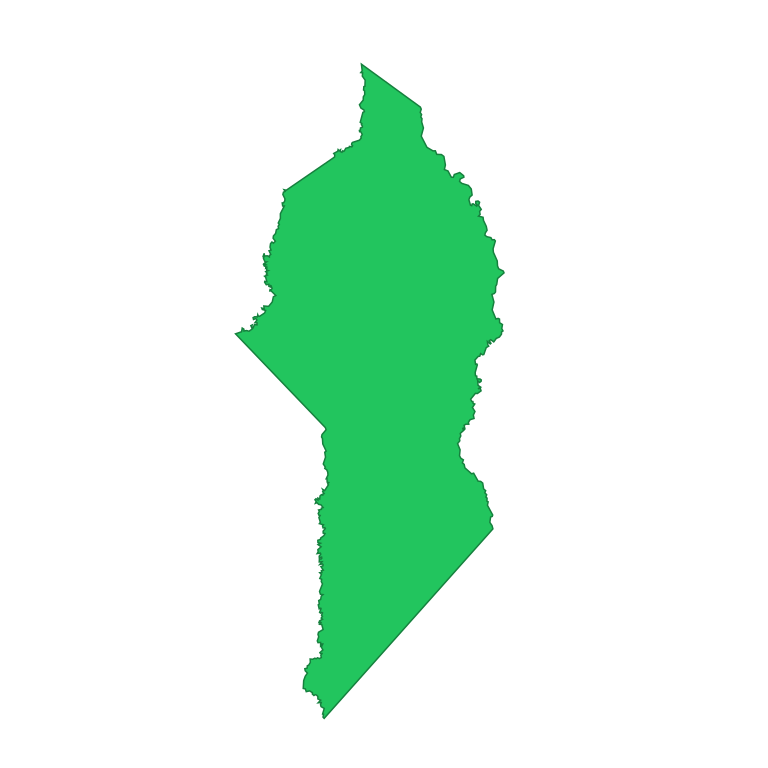 Arauca, Arauca, Colombia, rotated 80°
{"feature_id": "7082276B76814651219930", "entity_name": "Arauca", "entity_type": "district", "adm_level": 2, "iso_a3": "COL", "parent_name": "Colombia", "parent_adm1": "Arauca", "projection": "albers", "projection_center": [-70.53, 6.795], "detail": "fine", "context": "isolated", "style": "filled", "palette": "green", "viewbox_px": 768, "rotation_deg": 80, "n_neighbors": 0, "source": "geoboundaries", "source_scale": "gbopen_adm2", "svg_char_len": 6158}
<svg xmlns="http://www.w3.org/2000/svg" viewBox="0 0 768 768"><g transform="rotate(80 384 384)"><path d="M702.9,501.0L545.6,301.9L542.2,302.2L538.6,303.8L533.5,302.1L533.2,300.4L531.9,299.7L521.4,303.2L518.1,301.9L517.2,303.0L514.3,302.3L513.0,303.3L510.9,302.1L508.6,303.6L506.7,302.4L504.6,304.1L498.7,304.0L496.7,305.7L496.0,308.2L487.4,311.2L487.6,313.4L480.6,318.9L477.1,319.0L475.3,320.5L472.5,319.0L470.5,321.2L467.8,322.1L462.0,320.5L455.5,321.9L453.1,319.2L450.9,319.2L448.5,317.4L445.9,317.5L443.6,313.8L441.4,314.1L441.2,313.4L442.8,312.7L442.3,312.1L438.6,312.3L437.8,310.3L438.3,307.5L436.3,307.5L434.1,305.4L433.6,301.3L430.1,301.4L426.9,299.2L422.5,301.0L419.5,298.1L418.6,299.6L416.7,299.5L416.4,300.6L414.0,301.3L409.1,295.6L409.6,293.7L407.6,289.6L405.0,289.9L405.0,292.3L403.9,289.3L401.7,291.6L397.0,291.2L399.1,289.6L398.2,287.9L396.9,287.5L395.8,288.5L395.0,291.6L392.3,291.3L391.8,292.5L388.5,292.2L381.4,288.8L380.4,289.1L380.5,290.4L376.2,290.3L373.2,286.5L373.2,284.8L370.8,283.6L372.4,281.8L372.3,280.6L365.9,277.0L364.9,274.3L363.3,275.0L360.1,274.8L363.0,272.4L362.5,271.6L359.7,272.8L358.9,271.2L361.6,268.6L358.6,265.5L357.8,262.2L355.4,259.7L353.0,259.1L352.4,257.6L349.9,258.4L346.0,257.0L343.7,259.5L340.1,259.0L339.2,260.2L339.4,262.5L329.8,264.6L322.4,261.5L314.5,262.2L314.0,259.6L312.7,258.2L307.2,257.1L305.5,255.7L299.8,253.8L295.4,246.5L293.5,246.9L290.4,251.1L287.4,251.7L282.5,251.1L273.3,253.4L269.8,253.1L262.5,249.5L261.0,250.3L260.8,252.5L258.4,253.3L256.8,257.1L255.0,258.8L252.8,258.0L250.5,255.8L246.5,255.9L240.3,257.6L237.0,257.5L235.1,261.8L233.7,259.9L230.7,259.9L228.9,257.9L224.6,259.8L221.6,258.3L220.1,259.6L220.1,261.9L222.1,262.3L223.9,261.0L225.0,261.8L222.1,264.8L222.0,265.9L223.6,266.7L222.9,267.8L217.3,268.4L214.9,267.1L213.2,264.4L207.1,264.2L203.1,266.4L199.9,272.6L197.6,274.4L195.3,273.3L194.2,269.4L192.7,269.4L188.9,272.7L189.9,278.4L192.5,279.8L192.0,281.8L185.3,284.0L183.3,287.3L179.0,285.5L170.3,285.5L168.0,287.6L167.0,292.2L163.3,292.9L162.9,295.3L158.4,300.6L146.4,304.3L138.7,300.7L132.4,301.4L129.3,300.5L127.4,301.4L125.2,300.2L122.9,301.2L119.8,299.6L117.6,300.1L65.1,350.7L71.8,351.1L73.3,352.8L73.9,351.0L77.0,351.9L81.5,349.8L87.5,351.1L87.6,352.2L90.9,353.1L91.9,352.2L95.6,352.7L97.6,354.5L100.8,355.2L104.7,359.7L108.3,358.8L110.6,356.2L112.4,356.0L112.8,357.6L122.2,362.0L123.6,360.6L124.6,361.2L126.1,360.5L127.3,360.7L127.8,362.7L129.8,363.2L130.0,364.2L131.3,364.2L131.5,363.1L134.4,362.1L136.6,363.9L137.8,363.7L139.6,365.8L140.6,373.0L141.3,373.9L142.8,374.4L144.0,373.6L144.9,374.5L144.0,376.8L145.0,377.3L145.2,380.7L147.4,382.5L147.9,383.3L147.2,384.1L148.5,385.2L147.5,386.6L145.7,386.1L146.5,387.7L145.2,388.5L146.8,389.2L148.2,393.5L149.8,392.7L151.9,393.3L176.2,446.6L175.3,448.7L177.2,447.9L177.6,449.7L179.8,450.7L184.4,449.4L186.4,449.9L188.1,451.4L188.0,452.8L191.1,452.9L191.4,451.3L198.3,456.5L203.0,457.3L207.1,460.2L208.7,459.4L210.2,460.9L212.6,460.8L213.3,463.2L216.9,464.6L219.0,467.2L221.2,467.9L224.5,466.2L226.1,468.4L224.7,469.7L226.1,471.4L229.5,472.5L232.5,472.0L232.8,474.1L236.8,473.0L237.5,474.5L238.9,474.8L237.5,476.6L237.2,479.4L234.5,479.3L237.5,481.0L238.1,480.8L237.1,479.8L239.5,480.9L243.2,479.9L243.4,478.6L244.6,481.2L245.8,479.8L245.6,481.8L247.1,481.4L247.6,479.9L249.4,480.4L248.9,479.2L251.7,479.8L252.2,478.5L252.8,481.0L254.5,479.8L255.4,480.8L256.5,479.9L257.1,482.9L258.3,482.0L262.9,481.6L262.2,483.6L263.0,483.9L265.8,482.7L265.8,480.1L267.9,480.4L268.8,478.9L267.4,478.6L267.7,478.1L270.5,477.6L271.7,478.8L271.2,479.8L272.5,480.3L272.8,478.9L278.1,475.2L278.9,477.8L283.8,479.8L287.5,484.2L286.3,488.8L289.1,488.9L288.0,491.2L289.5,490.9L291.0,487.8L293.3,489.2L295.7,494.7L295.4,496.0L293.9,496.3L295.9,497.1L295.3,499.6L295.9,501.4L297.8,501.3L297.4,499.1L298.2,498.2L299.1,498.1L301.2,500.4L301.8,498.4L303.7,498.8L303.0,501.3L305.9,503.1L304.7,504.3L303.0,503.6L303.4,505.0L306.9,504.2L308.6,507.8L307.5,510.0L307.5,512.7L305.6,512.5L304.3,513.9L307.8,515.2L308.8,521.5L416.8,449.3L419.0,449.0L423.0,453.8L425.3,454.7L427.0,454.1L432.4,454.7L440.0,452.6L440.9,454.2L445.9,454.3L452.2,457.7L455.5,456.3L456.9,457.0L458.5,455.3L461.1,454.7L463.9,455.0L467.3,457.4L467.4,456.6L470.8,457.0L471.5,455.6L472.5,456.8L473.7,456.3L478.7,461.0L477.1,462.7L478.6,462.3L479.4,463.1L481.5,462.0L481.9,463.7L482.7,463.7L482.2,465.0L483.1,466.4L486.1,467.3L484.9,468.9L486.8,469.2L485.2,470.9L486.0,472.1L488.0,471.2L489.6,472.3L489.3,470.5L491.2,469.3L492.0,467.1L495.1,465.4L495.4,467.2L496.6,467.4L496.7,470.3L498.1,469.8L500.1,471.3L502.1,470.8L502.4,469.8L504.2,471.3L509.1,470.7L510.3,471.9L512.1,468.1L513.1,469.2L515.2,469.0L515.2,467.2L516.2,466.9L518.3,469.5L520.3,469.8L521.0,468.1L522.9,469.5L524.7,473.1L526.0,473.6L526.4,476.3L528.7,476.6L529.8,474.2L530.7,476.9L533.4,474.2L535.6,477.9L537.9,478.0L539.4,479.3L539.5,476.0L540.6,475.8L542.3,477.7L543.9,477.9L543.6,475.5L544.8,475.5L545.5,476.4L545.1,478.0L548.0,478.7L548.3,475.9L550.6,478.6L550.5,475.8L551.4,475.4L552.5,475.8L552.9,477.8L556.8,476.1L557.0,478.1L558.9,477.9L558.7,480.0L560.8,478.7L564.4,481.0L565.5,479.3L567.7,480.1L570.2,479.3L577.1,483.5L580.0,483.1L580.8,480.7L582.0,482.6L585.2,483.8L585.9,485.9L589.3,485.9L590.0,487.1L594.2,486.9L593.8,485.2L594.4,485.0L597.7,487.1L598.6,486.3L598.1,485.0L598.7,484.3L601.0,485.7L602.1,485.0L603.6,486.5L605.0,485.4L606.1,488.6L607.8,489.6L608.1,488.8L607.3,488.3L608.0,487.4L609.5,489.1L610.0,487.1L615.2,486.6L617.1,491.6L619.1,492.5L621.6,492.2L625.4,494.3L627.3,493.9L627.5,491.3L630.4,491.8L629.1,490.5L629.4,489.4L632.1,491.4L635.3,490.4L637.4,493.8L638.4,493.4L638.7,491.9L640.3,493.3L642.5,493.2L643.2,495.4L642.1,496.9L642.8,498.6L642.0,499.7L642.7,502.0L642.0,504.5L645.4,504.9L647.9,507.1L648.1,508.4L650.5,509.1L650.6,511.4L652.7,511.4L655.4,509.6L658.1,512.3L662.1,514.6L669.8,516.4L670.6,514.4L673.5,514.0L673.3,510.6L675.5,508.1L676.9,508.4L678.6,507.1L678.0,505.7L678.6,504.5L680.2,503.4L682.7,503.8L684.4,501.3L686.5,504.2L686.8,501.1L688.8,502.2L690.8,502.0L693.1,499.2L698.4,501.8L698.8,500.9L701.5,501.9L702.9,501.0Z" fill="#22c55e" stroke="#15803d" stroke-width="1.5"/></g></svg>